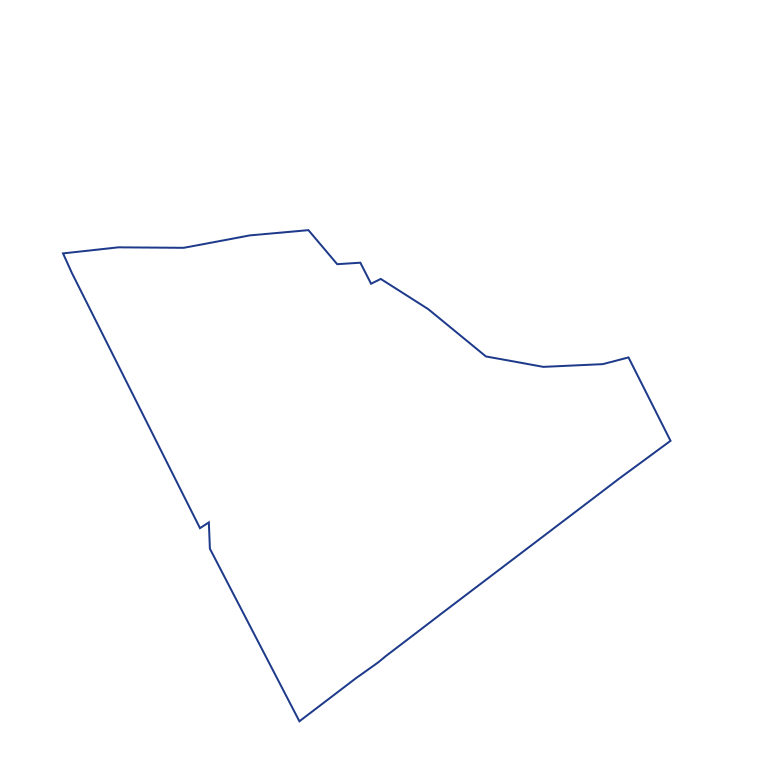 outline of Chattooga, Georgia, United States of America, rotated 243°
{"feature_id": "52423323B38567466550561", "entity_name": "Chattooga", "entity_type": "district", "adm_level": 2, "iso_a3": "USA", "parent_name": "United States of America", "parent_adm1": "Georgia", "projection": "mercator", "projection_center": [-85.362, 34.438], "detail": "fine", "context": "isolated", "style": "outline", "palette": "blue", "viewbox_px": 768, "rotation_deg": 243, "n_neighbors": 0, "source": "geoboundaries", "source_scale": "gbopen_adm2", "svg_char_len": 550}
<svg xmlns="http://www.w3.org/2000/svg" viewBox="0 0 768 768"><g transform="rotate(243 384 384)"><path d="M138.8,253.3L140.8,262.3L145.5,288.2L152.9,328.6L153.1,329.5L175.2,452.3L188.4,525.5L192.9,550.2L203.3,613.5L296.7,613.9L302.4,587.9L326.9,533.8L362.3,487.3L430.6,457.4L479.1,428.8L479.2,418.0L502.8,418.0L512.0,396.7L555.4,386.5L577.3,332.0L596.3,267.3L626.4,209.3L646.1,157.3L624.6,156.3L377.4,154.8L339.1,154.6L340.2,165.1L316.3,154.1L121.9,155.5L134.6,225.4L138.5,251.8L138.8,253.3Z" fill="none" stroke="#1e3a8a" stroke-width="2"/></g></svg>